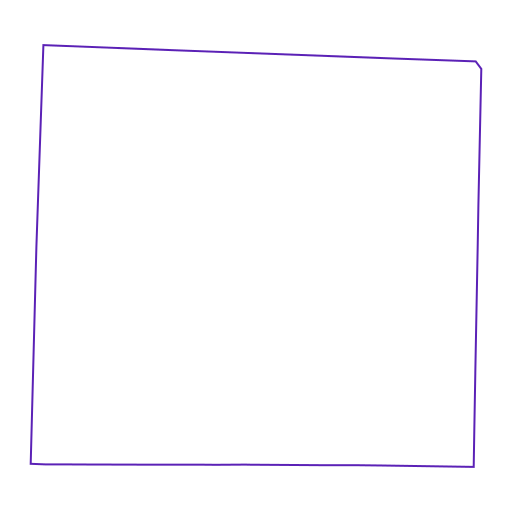 Denton, Texas, United States of America
{"feature_id": "52423323B29429067330401", "entity_name": "Denton", "entity_type": "district", "adm_level": 2, "iso_a3": "USA", "parent_name": "United States of America", "parent_adm1": "Texas", "projection": "robinson", "projection_center": [-97.097, 33.209], "detail": "fine", "context": "isolated", "style": "outline", "palette": "violet", "viewbox_px": 512, "rotation_deg": 0, "n_neighbors": 0, "source": "geoboundaries", "source_scale": "gbopen_adm2", "svg_char_len": 450}
<svg xmlns="http://www.w3.org/2000/svg" viewBox="0 0 512 512"><path d="M30.7,463.8L45.5,464.4L64.6,464.4L86.4,464.5L161.5,464.7L204.5,464.7L215.4,464.8L245.5,464.6L249.9,464.7L323.3,465.2L340.5,465.2L356.9,465.2L365.0,465.3L382.1,465.5L473.7,466.9L474.3,430.4L475.3,373.5L475.3,372.7L477.7,246.1L478.4,204.7L481.3,68.9L475.7,61.4L393.7,58.5L173.4,50.2L43.4,45.1L36.4,246.5L35.5,280.3L30.7,463.8Z" fill="none" stroke="#5b21b6" stroke-width="2"/></svg>